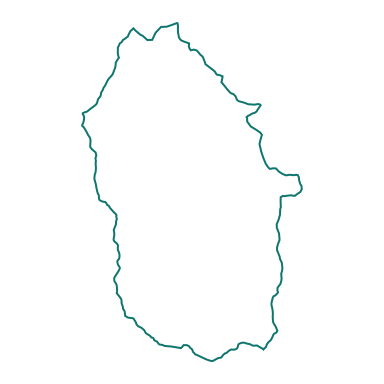 outline of Doteng, Paro, Bhutan
{"feature_id": "84629894B41574505265269", "entity_name": "Doteng", "entity_type": "district", "adm_level": 2, "iso_a3": "BTN", "parent_name": "Bhutan", "parent_adm1": "Paro", "projection": "robinson", "projection_center": [89.408, 27.558], "detail": "fine", "context": "isolated", "style": "outline", "palette": "teal", "viewbox_px": 384, "rotation_deg": 0, "n_neighbors": 0, "source": "geoboundaries", "source_scale": "gbopen_adm2", "svg_char_len": 5945}
<svg xmlns="http://www.w3.org/2000/svg" viewBox="0 0 384 384"><path d="M263.5,349.5L264.3,348.4L265.1,347.8L265.9,347.1L266.2,346.3L266.6,345.1L267.2,343.8L267.9,342.9L268.9,341.8L270.5,340.4L271.2,339.5L272.4,337.1L273.6,334.3L274.0,333.8L275.4,333.1L276.2,332.6L276.7,331.9L277.0,331.5L277.4,330.9L277.2,330.2L276.5,328.8L276.4,328.2L275.7,326.7L275.4,326.2L273.9,323.7L273.2,322.3L272.9,320.1L272.7,316.5L272.9,313.7L272.6,310.4L272.4,308.9L271.8,306.4L271.4,304.0L271.6,302.5L272.6,298.3L273.0,297.3L273.5,296.3L275.2,295.5L277.2,293.5L278.0,292.5L277.4,290.4L277.6,287.6L279.3,285.4L280.3,284.1L281.2,281.4L281.6,278.6L281.4,276.2L281.2,273.9L282.1,270.7L282.4,267.9L281.8,262.7L280.2,259.4L279.6,256.4L277.1,250.4L277.0,247.7L278.2,243.4L279.5,240.2L279.5,238.8L279.0,233.3L277.7,230.1L276.8,227.7L276.7,224.2L278.5,220.0L280.0,214.7L280.2,209.2L280.8,207.2L280.6,200.9L280.7,197.2L282.9,195.9L284.3,196.2L286.4,195.8L290.9,195.3L293.0,195.7L294.9,195.8L297.2,194.0L300.3,192.0L301.8,189.1L301.4,185.7L300.3,184.1L299.2,180.6L298.8,177.2L297.9,175.2L296.5,174.8L293.4,175.2L290.1,174.8L289.1,174.8L287.4,175.2L285.9,175.3L282.6,174.0L279.0,171.7L275.9,168.4L272.9,168.3L269.9,168.9L269.0,168.2L267.8,166.8L265.7,163.6L263.9,159.3L262.6,155.8L261.2,151.5L259.5,144.0L260.6,139.2L261.9,134.9L260.3,132.6L255.1,129.1L250.8,126.5L247.8,122.4L247.2,121.6L247.1,118.1L246.6,117.1L248.1,115.8L249.8,115.1L250.8,114.3L252.8,113.3L253.9,113.1L255.2,112.6L256.6,111.4L257.9,109.3L260.6,105.4L260.5,104.9L259.3,104.2L257.6,104.1L255.1,104.6L252.9,104.6L250.2,104.3L248.5,104.3L244.0,102.6L241.4,101.9L239.3,101.4L237.5,100.4L236.7,99.3L236.3,98.1L235.5,96.3L234.3,95.0L233.1,93.9L231.4,93.5L229.9,92.4L227.3,89.4L224.1,85.4L222.5,83.4L221.4,82.2L221.8,80.8L222.6,76.4L219.8,75.2L216.8,74.6L215.9,73.4L214.8,71.5L213.4,70.3L205.5,64.2L204.6,61.4L202.6,56.5L200.6,55.0L198.0,51.8L196.6,50.4L193.9,49.6L190.8,50.3L189.6,48.6L188.8,46.3L189.1,43.4L184.6,41.8L181.4,40.5L180.1,39.3L178.9,37.3L178.0,32.2L177.9,29.3L178.0,26.1L177.6,23.3L177.1,23.0L171.1,25.2L166.7,26.7L161.1,26.9L155.6,32.7L152.2,39.9L147.3,40.0L142.8,35.9L140.4,34.7L135.5,30.6L133.4,28.3L132.5,29.2L132.1,29.7L130.6,30.9L130.2,31.4L129.4,33.1L128.7,34.3L128.1,36.1L127.7,36.6L126.6,37.4L124.6,39.0L123.0,39.9L122.6,40.5L122.0,41.6L121.6,42.2L120.0,43.2L119.6,43.7L119.2,45.0L118.9,45.6L118.0,47.3L117.8,47.9L117.9,49.2L117.8,51.9L117.7,52.5L117.8,53.1L118.0,54.4L118.4,56.4L118.9,57.6L118.7,58.2L118.2,58.6L117.8,59.2L116.8,60.9L116.1,62.0L115.8,62.6L115.7,63.2L115.6,65.2L115.4,66.5L115.1,67.8L114.9,68.4L112.8,73.9L112.5,74.5L111.7,75.5L109.2,78.3L108.4,79.2L107.4,80.9L105.1,85.6L103.6,87.7L102.7,90.1L101.3,92.4L101.1,93.0L100.8,94.9L100.6,95.6L100.4,96.2L100.1,96.7L98.8,98.2L98.1,99.3L97.8,99.9L97.7,100.5L97.2,102.4L96.7,103.6L96.3,104.2L95.4,105.1L89.8,109.3L88.8,110.2L87.3,111.4L86.7,111.7L84.4,112.4L83.1,113.0L82.7,113.4L82.7,114.0L83.6,115.5L83.9,116.1L84.1,116.7L84.1,117.4L84.1,118.1L84.0,119.4L83.5,122.0L83.3,122.6L82.2,125.1L82.2,125.9L83.2,126.7L83.6,127.1L84.7,128.7L87.0,132.7L87.8,134.4L88.1,135.0L89.6,137.2L90.2,138.3L90.3,139.0L90.5,140.3L90.4,142.9L90.2,146.2L90.3,146.9L90.5,147.4L91.3,148.5L92.2,149.5L95.1,152.0L95.6,152.4L95.8,153.0L96.0,154.3L96.3,155.6L95.7,157.5L95.5,158.1L95.6,159.4L95.7,160.1L95.9,160.7L95.9,161.3L95.7,162.0L95.7,162.6L95.7,164.6L95.9,167.2L95.9,169.2L95.7,171.2L95.5,172.5L95.3,173.1L94.8,174.3L94.7,175.0L94.4,178.3L94.4,178.9L94.7,180.2L95.8,184.0L96.3,187.2L97.3,191.7L97.7,193.0L97.9,193.6L98.6,194.7L98.8,195.3L98.9,196.0L98.9,198.0L99.0,198.6L99.2,199.3L99.5,199.9L100.0,200.3L100.5,200.6L101.6,201.2L103.5,201.8L104.0,201.9L104.6,201.9L105.2,202.0L105.7,202.6L106.2,202.9L107.0,204.7L107.5,205.1L108.6,205.7L109.1,206.2L109.6,207.4L110.0,207.9L113.7,212.1L114.6,213.0L115.6,213.8L116.0,214.3L116.3,214.9L116.4,215.5L116.3,216.8L116.4,217.5L116.8,218.7L116.8,219.3L116.3,220.6L116.1,221.2L116.0,222.5L116.0,223.9L115.9,224.5L114.2,228.7L113.8,230.0L113.8,230.7L114.2,232.6L114.3,233.9L114.3,234.6L114.1,236.5L113.7,238.5L113.6,239.1L113.6,239.8L113.8,240.4L114.1,241.0L115.0,241.9L116.5,243.1L116.9,243.6L117.7,244.7L117.9,245.3L118.0,245.9L117.8,247.3L117.8,249.2L117.9,249.9L118.9,252.3L119.3,253.6L119.5,254.9L119.5,256.2L119.4,257.5L119.1,258.8L118.7,259.3L117.8,260.2L117.5,260.8L117.4,261.5L117.4,262.1L117.6,263.4L118.0,264.7L118.3,265.3L119.1,266.3L119.4,266.8L119.7,267.5L119.8,268.1L119.7,268.8L119.4,269.3L118.5,271.1L114.3,277.7L114.2,278.3L114.3,280.3L114.4,280.9L114.6,281.5L115.7,283.1L116.4,284.3L116.6,284.9L116.7,285.5L117.0,288.1L117.1,290.1L117.1,291.4L117.0,292.1L116.8,292.7L116.8,293.3L119.0,296.0L121.0,298.7L121.3,299.4L121.5,300.3L121.6,302.3L121.6,303.0L121.9,304.1L122.8,306.6L123.0,308.4L123.3,309.4L123.7,309.7L124.1,310.2L124.7,311.7L124.9,313.1L125.0,314.3L125.2,315.9L128.0,317.6L130.7,318.0L132.3,318.1L133.5,318.5L134.0,319.2L134.3,319.9L135.3,321.3L135.7,322.1L136.6,324.5L137.6,325.6L138.3,326.3L141.4,327.8L142.5,328.7L143.9,329.9L144.4,330.5L145.8,333.1L147.4,334.2L149.1,335.2L149.8,335.6L150.8,336.7L151.2,337.3L151.7,337.6L152.6,337.7L153.5,338.3L153.9,339.4L154.1,340.0L154.6,340.4L157.1,341.7L158.6,343.8L159.4,344.4L160.2,344.6L162.2,344.9L163.3,345.3L163.8,345.6L164.5,345.9L165.1,346.0L171.3,346.5L180.9,348.1L182.3,346.8L183.6,345.1L186.7,345.1L188.9,346.1L190.1,347.7L192.2,349.5L193.0,351.9L194.3,353.1L195.0,354.2L198.5,355.7L203.3,358.0L206.6,359.5L208.1,360.0L209.7,360.6L211.8,361.0L212.7,361.0L218.2,358.1L221.1,357.6L223.4,354.7L225.1,353.3L225.6,353.3L226.2,353.1L229.3,350.5L230.9,349.6L231.6,349.5L232.9,349.7L234.3,349.6L236.0,349.1L236.7,348.7L237.1,348.3L237.4,347.7L238.0,346.1L238.2,345.0L238.5,344.4L238.8,344.0L240.5,343.2L241.6,342.9L242.6,342.7L244.0,342.7L245.0,342.9L245.9,343.3L247.0,343.6L248.3,343.8L250.3,344.3L252.4,345.5L253.3,345.7L256.7,345.5L257.5,345.7L258.6,346.5L262.6,348.7L263.5,349.5Z" fill="none" stroke="#0f766e" stroke-width="2"/></svg>